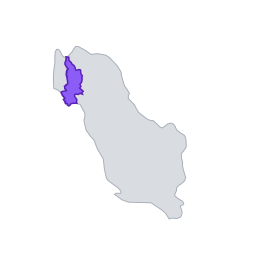 Shkodër, Shkodër, Albania (highlighted), rotated 331°
{"feature_id": "67620474B15717375113052", "entity_name": "Shkodër", "entity_type": "district", "adm_level": 2, "iso_a3": "ALB", "parent_name": "Albania", "parent_adm1": "Shkodër", "projection": "albers", "projection_center": [19.63, 42.154], "detail": "fine", "context": "in_parent", "style": "filled", "palette": "violet", "viewbox_px": 256, "rotation_deg": 331, "n_neighbors": 0, "source": "geoboundaries", "source_scale": "gbopen_adm2", "svg_char_len": 2853}
<svg xmlns="http://www.w3.org/2000/svg" viewBox="0 0 256 256"><g transform="rotate(331 128 128)"><path d="M85.4,78.4L85.5,74.9L86.4,69.5L85.9,67.7L86.4,64.6L84.8,60.4L82.3,57.4L84.8,52.1L88.4,45.7L91.8,40.6L95.8,35.3L98.5,30.3L101.4,25.9L103.9,24.6L105.2,25.5L105.8,27.4L105.7,33.0L106.5,35.0L108.3,36.4L111.9,35.7L115.9,34.3L121.4,31.3L122.3,31.5L124.3,33.0L128.5,39.8L131.4,45.8L136.9,47.9L140.0,50.2L144.0,53.7L145.9,57.3L148.7,68.2L149.1,74.8L148.4,77.8L147.7,78.6L145.4,89.4L146.0,94.9L146.0,98.5L143.9,100.0L142.6,102.3L144.9,111.2L144.7,115.0L144.8,119.4L149.0,129.4L151.5,132.5L153.7,133.9L156.6,143.1L158.2,144.7L165.0,143.7L168.3,144.7L169.7,146.8L170.0,148.3L169.6,153.5L171.4,157.4L173.7,161.5L173.7,164.0L172.3,168.1L169.6,172.9L166.0,174.8L162.1,176.4L160.2,180.1L159.3,184.1L157.6,187.0L156.5,190.2L154.9,196.8L154.5,199.2L151.9,201.6L147.7,202.6L143.9,202.9L141.4,204.0L140.1,206.2L137.7,208.1L136.3,208.9L136.3,210.9L138.1,215.0L140.1,218.4L140.2,221.1L139.2,221.8L136.1,221.5L135.5,222.5L135.2,225.5L134.4,228.1L133.1,229.7L130.9,231.4L126.9,230.9L123.1,228.3L121.1,227.6L119.9,227.6L119.6,221.3L118.0,216.4L111.9,204.6L92.5,193.1L87.9,187.9L86.0,183.6L84.0,179.5L85.9,179.3L87.8,180.4L90.2,181.6L91.2,179.6L90.1,175.1L85.2,164.6L84.8,161.7L87.3,152.9L91.4,143.1L91.1,131.2L92.4,122.1L91.0,116.3L90.4,109.1L93.3,99.6L95.8,97.2L97.4,94.2L97.5,84.1L91.9,79.3L85.4,78.4Z" fill="#d9dde1" stroke="#a8b0b8" stroke-width="1"/><path d="M92.7,60.6L92.5,61.1L92.4,61.9L91.7,63.0L92.2,63.6L92.3,65.4L91.7,65.4L89.0,64.4L87.9,64.3L86.9,64.2L86.6,65.4L86.8,66.6L86.5,67.7L86.8,68.7L87.0,69.7L86.9,70.5L87.3,71.3L86.3,71.8L85.3,71.8L85.5,73.6L86.3,74.4L85.2,75.2L85.2,76.4L85.9,76.6L86.7,77.3L86.4,78.7L86.6,79.7L87.3,80.1L88.4,79.9L89.3,79.2L91.4,79.5L92.6,80.1L95.3,81.6L95.4,81.2L95.7,80.1L97.0,78.4L96.9,77.2L96.6,74.6L97.4,73.0L98.7,73.0L100.9,74.6L102.8,74.4L103.9,75.6L104.6,76.4L104.9,74.5L106.6,74.2L106.4,73.3L105.9,72.0L105.0,69.6L106.9,68.9L107.2,66.4L109.6,65.5L111.6,62.9L112.2,61.6L113.4,60.1L113.1,58.4L113.3,57.2L114.6,54.2L113.2,52.9L112.3,52.9L110.7,52.5L110.6,50.7L111.0,49.5L111.1,47.3L110.0,44.9L110.1,43.1L109.1,40.0L109.3,39.7L109.5,39.3L109.8,39.0L109.8,38.9L110.0,38.6L110.2,38.2L110.5,37.3L108.2,35.7L108.1,36.1L107.7,37.4L106.9,37.9L106.8,38.0L106.6,38.5L106.3,39.2L106.0,39.2L105.7,39.3L105.2,39.8L105.0,40.2L104.8,40.2L104.3,40.8L103.9,41.3L103.7,42.0L103.8,42.5L103.8,42.9L103.7,44.4L103.8,45.1L104.1,45.7L104.2,46.3L104.3,47.4L103.7,47.6L103.6,47.2L102.9,47.8L102.8,48.2L102.2,48.8L102.4,48.1L101.9,48.6L101.8,49.1L101.2,49.1L101.0,49.8L101.2,50.2L100.6,50.6L100.5,50.3L100.1,50.8L100.0,51.1L100.0,51.9L99.6,51.9L99.5,52.6L99.5,52.8L99.7,53.6L99.1,53.8L99.1,54.4L98.8,55.1L98.4,55.8L98.1,56.7L97.8,57.9L97.1,59.2L96.6,60.2L94.6,60.2L94.5,60.7L92.7,60.6Z" fill="#8b5cf6" stroke="#5b21b6" stroke-width="1.5"/></g></svg>